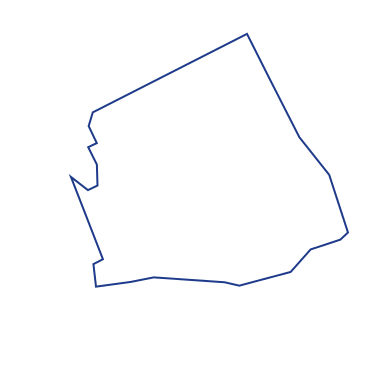 Quitman, Georgia, United States of America (orthographic projection), rotated 242°
{"feature_id": "52423323B98878811528478", "entity_name": "Quitman", "entity_type": "district", "adm_level": 2, "iso_a3": "USA", "parent_name": "United States of America", "parent_adm1": "Georgia", "projection": "orthographic", "projection_center": [-85.022, 31.882], "detail": "fine", "context": "isolated", "style": "outline", "palette": "blue", "viewbox_px": 384, "rotation_deg": 242, "n_neighbors": 0, "source": "geoboundaries", "source_scale": "gbopen_adm2", "svg_char_len": 443}
<svg xmlns="http://www.w3.org/2000/svg" viewBox="0 0 384 384"><g transform="rotate(242 192 192)"><path d="M308.9,141.8L298.7,131.7L279.9,130.9L280.3,121.4L260.9,120.9L242.1,111.6L242.5,101.0L262.1,92.2L174.5,81.8L174.6,71.1L153.5,62.8L141.4,95.6L134.6,118.1L97.0,178.4L87.1,189.8L75.1,241.6L85.6,269.8L80.3,300.6L83.0,310.7L142.7,321.2L189.9,312.5L257.6,313.7L305.8,314.8L308.9,141.8Z" fill="none" stroke="#1e3a8a" stroke-width="2"/></g></svg>